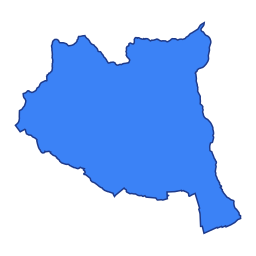 Baiculesti, Arges, Romania (Mercator projection)
{"feature_id": "2599482B94313215518908", "entity_name": "Baiculesti", "entity_type": "district", "adm_level": 2, "iso_a3": "ROU", "parent_name": "Romania", "parent_adm1": "Arges", "projection": "mercator", "projection_center": [24.661, 45.06], "detail": "fine", "context": "isolated", "style": "filled", "palette": "blue", "viewbox_px": 256, "rotation_deg": 0, "n_neighbors": 0, "source": "geoboundaries", "source_scale": "gbopen_adm2", "svg_char_len": 5697}
<svg xmlns="http://www.w3.org/2000/svg" viewBox="0 0 256 256"><path d="M240.6,218.5L240.4,217.6L240.6,217.0L240.5,215.6L240.1,215.5L239.4,215.1L239.2,214.5L239.0,212.8L236.4,209.2L235.5,208.6L235.0,208.0L234.5,206.9L234.1,205.6L233.8,203.5L233.8,202.3L234.0,201.6L233.6,200.6L230.6,199.6L229.6,198.6L228.4,197.9L227.1,197.3L223.5,192.8L223.1,191.9L222.5,191.4L222.3,190.8L222.4,190.3L222.3,189.7L221.8,189.4L221.4,188.5L220.9,187.9L220.3,187.6L220.7,186.3L221.4,186.5L221.4,186.1L219.9,184.8L219.6,184.3L219.5,182.5L218.8,181.9L218.5,180.9L218.1,180.5L217.3,179.1L216.8,177.3L215.7,175.1L215.8,173.0L215.3,171.9L215.3,171.4L215.7,168.6L216.1,166.7L216.0,165.8L215.6,165.1L215.7,164.3L216.1,163.5L216.4,162.7L216.3,161.9L216.1,161.3L215.5,160.8L215.0,159.3L214.3,158.5L213.2,155.4L212.2,153.1L211.9,151.9L211.5,151.6L210.4,151.0L209.9,150.4L209.7,147.0L209.8,145.6L210.4,143.3L210.5,143.0L212.1,142.5L212.5,142.1L213.6,137.8L213.6,137.0L213.0,135.9L212.9,135.2L213.5,134.3L213.6,133.3L213.5,132.0L213.1,130.0L212.8,129.4L212.9,127.9L212.6,126.9L211.4,124.2L210.4,122.5L207.7,119.5L205.6,118.4L204.4,117.2L203.5,115.5L203.2,113.9L202.7,112.4L202.6,111.7L203.1,109.9L202.6,108.4L202.8,106.5L201.6,105.0L200.2,103.9L200.4,101.1L200.2,98.8L200.2,96.2L197.6,91.2L197.8,89.8L197.7,88.7L197.8,87.3L197.4,86.2L197.2,85.5L197.3,85.1L197.2,84.5L196.4,81.9L196.2,81.0L196.4,78.4L195.8,73.8L195.3,73.3L195.6,72.2L196.1,72.1L197.1,71.0L197.3,70.0L198.7,68.7L202.7,67.4L204.2,66.2L206.1,64.1L207.8,61.4L208.5,59.4L208.6,58.6L208.3,55.6L209.5,50.1L209.3,47.4L210.8,42.8L210.8,41.4L210.6,40.5L210.1,39.0L209.4,37.7L208.4,36.6L207.5,36.0L205.9,35.3L204.9,34.4L204.2,33.2L203.2,31.9L202.2,31.6L201.2,30.6L201.0,29.8L201.1,28.8L203.6,25.5L204.0,24.3L204.2,22.7L201.8,24.1L200.3,25.2L197.9,29.1L191.7,33.0L190.3,33.6L188.1,36.1L186.2,37.2L185.2,38.5L182.7,39.4L181.1,39.1L179.3,39.3L178.4,39.8L177.5,40.0L175.6,38.8L172.3,38.7L171.4,39.1L170.5,40.1L167.8,41.7L166.9,41.7L165.4,40.9L162.4,40.8L161.6,41.1L159.6,40.5L158.4,39.5L157.8,39.5L157.0,39.0L154.2,40.0L152.8,40.3L151.8,40.1L150.6,40.9L149.6,40.4L148.4,39.2L147.2,38.7L145.6,38.6L144.9,39.2L144.2,38.7L143.7,38.6L143.5,39.1L142.2,39.1L140.1,38.5L139.0,37.8L138.1,37.7L137.5,38.2L137.1,38.0L137.0,37.7L135.6,37.6L134.9,38.2L134.5,39.0L134.2,39.8L134.4,40.9L134.2,42.8L133.5,43.9L132.6,44.0L130.2,43.0L129.0,43.7L128.7,45.8L128.1,46.0L127.0,46.6L126.3,48.1L126.5,48.7L126.4,50.7L126.0,51.4L126.6,53.2L126.2,55.3L126.6,55.7L126.9,56.6L129.6,59.6L129.7,60.3L128.7,62.7L125.1,63.4L124.4,63.4L123.0,63.7L121.3,64.6L120.5,64.4L119.4,64.5L118.6,65.0L117.1,65.2L116.6,64.8L115.8,64.4L114.9,62.8L113.3,62.1L110.4,62.4L110.0,62.8L108.3,63.0L106.7,60.6L106.4,59.8L105.0,57.9L103.9,57.0L102.9,54.9L102.1,54.1L100.8,52.1L100.3,51.7L98.8,51.6L98.1,51.2L97.7,50.2L97.5,49.2L96.7,48.1L95.9,47.2L94.9,46.4L94.0,45.1L91.5,44.0L90.2,42.5L89.3,40.7L87.8,38.9L87.0,38.5L85.6,37.0L84.9,35.6L82.4,35.9L80.4,36.4L78.6,36.5L78.2,37.5L78.1,38.9L77.1,40.0L77.0,41.3L75.5,43.1L74.5,43.6L73.9,44.4L72.1,45.2L70.9,45.5L68.4,45.8L66.5,43.8L63.6,42.8L59.7,42.7L59.0,41.7L58.4,40.3L57.8,40.1L56.9,39.4L54.9,39.4L53.6,40.4L52.9,41.2L52.5,42.3L52.2,44.4L51.8,45.1L51.5,45.9L52.0,48.8L51.9,50.0L52.2,52.0L52.4,54.8L52.2,55.8L52.3,57.1L52.1,57.4L52.1,57.7L52.5,58.8L52.8,60.3L52.6,61.5L52.8,62.0L52.2,63.9L52.4,65.3L52.1,65.9L52.2,66.6L52.5,67.1L52.3,67.5L52.3,69.1L52.0,69.9L52.0,70.7L49.7,73.1L48.9,73.2L48.4,74.2L47.9,74.7L47.3,74.8L47.1,75.1L47.2,75.6L46.7,76.2L46.8,76.3L46.8,78.6L46.9,79.8L46.9,80.4L46.7,80.8L45.3,80.7L41.6,82.5L41.0,82.9L39.9,84.4L39.8,85.0L38.9,86.8L38.3,87.4L37.8,87.5L37.1,88.0L36.2,90.1L35.6,90.7L33.4,92.0L31.9,92.5L29.3,91.5L28.9,90.8L27.5,90.9L26.9,91.7L25.8,92.7L24.6,93.2L23.2,93.6L23.2,94.5L23.5,96.6L24.0,97.8L25.2,99.2L25.6,100.3L25.8,100.6L25.7,102.1L25.0,104.4L24.4,106.0L23.2,107.4L22.0,109.2L21.3,109.7L19.5,110.6L19.4,112.1L19.3,116.8L19.4,118.5L19.0,120.8L18.6,121.9L17.9,123.0L16.5,124.4L15.4,125.3L20.2,131.8L24.8,129.3L25.5,129.8L25.5,130.7L26.5,133.8L29.0,135.1L29.8,135.0L31.3,135.4L32.5,136.8L35.0,138.0L36.9,139.6L36.8,140.8L37.5,144.0L38.6,147.6L39.5,149.3L40.1,149.8L40.3,150.6L41.4,152.2L41.7,152.5L42.5,152.9L43.4,152.9L44.4,152.6L44.9,152.2L44.9,151.4L46.3,151.7L49.1,151.3L49.5,151.8L50.7,152.1L50.5,153.1L53.2,155.3L55.4,156.1L56.0,156.6L56.5,157.4L56.8,157.6L56.7,157.9L57.3,158.3L58.1,159.2L59.0,159.8L59.4,160.3L59.7,161.1L61.5,162.8L64.6,163.9L66.4,164.4L67.9,164.3L68.8,164.5L69.1,164.9L69.9,165.6L70.6,165.8L71.8,166.6L72.7,166.8L73.2,167.3L74.0,167.6L75.2,167.7L76.5,168.3L78.0,168.7L78.4,168.4L78.8,168.4L79.3,168.1L80.2,167.3L80.4,167.3L81.3,167.9L84.2,168.6L83.4,169.4L83.4,169.8L83.7,170.2L84.5,170.5L84.6,171.2L85.2,172.0L85.1,172.8L83.9,173.5L84.0,174.4L85.7,174.7L89.6,177.8L90.3,178.5L90.7,180.4L92.1,181.8L94.6,182.8L97.3,184.8L99.3,186.5L101.1,187.6L102.3,188.0L102.6,188.7L104.5,190.3L107.7,191.6L108.8,191.8L113.1,193.3L113.3,194.3L114.5,196.5L115.5,195.2L124.1,188.1L124.7,188.9L126.1,189.7L126.3,190.0L126.4,190.7L126.3,191.4L126.7,192.0L129.9,193.7L131.8,193.5L134.2,194.0L135.2,193.8L138.1,195.4L139.7,195.7L141.5,195.5L142.6,196.3L143.1,196.4L144.9,195.7L146.1,197.1L155.8,198.0L157.2,199.9L157.5,200.0L161.4,199.7L162.4,200.0L163.0,200.0L167.4,198.7L167.1,196.8L168.4,195.4L167.0,195.0L167.1,194.6L167.0,192.0L174.9,191.6L181.4,190.4L181.6,191.0L183.7,190.6L184.1,191.1L186.1,191.8L187.9,192.9L188.5,193.4L188.8,195.9L189.6,196.2L192.2,194.7L195.1,193.4L199.6,208.2L198.8,209.2L199.9,212.9L200.1,214.6L200.6,226.4L202.3,226.3L204.0,233.3L217.0,227.4L217.4,228.0L221.6,226.4L222.1,227.3L225.6,225.9L226.0,226.9L230.8,224.8L234.9,222.4L237.8,219.6L240.6,218.5Z" fill="#3b82f6" stroke="#1e3a8a" stroke-width="1.5"/></svg>